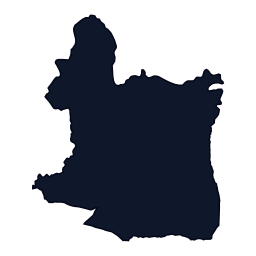 outline of Qiloane, Maseru, Lesotho
{"feature_id": "5366337B33510041242454", "entity_name": "Qiloane", "entity_type": "district", "adm_level": 2, "iso_a3": "LSO", "parent_name": "Lesotho", "parent_adm1": "Maseru", "projection": "albers", "projection_center": [27.645, -29.358], "detail": "fine", "context": "isolated", "style": "filled", "palette": "ink", "viewbox_px": 256, "rotation_deg": 0, "n_neighbors": 0, "source": "geoboundaries", "source_scale": "gbopen_adm2", "svg_char_len": 5364}
<svg xmlns="http://www.w3.org/2000/svg" viewBox="0 0 256 256"><path d="M211.5,238.4L211.9,234.9L214.4,231.2L215.4,229.5L216.4,227.8L218.7,225.3L219.3,208.8L219.3,205.7L219.3,203.2L219.6,200.5L219.1,197.0L218.6,194.3L217.8,191.5L217.4,189.7L217.2,187.7L216.6,185.9L216.4,184.0L214.7,182.4L213.8,179.6L212.9,177.6L212.6,175.7L212.7,173.4L213.1,171.7L212.6,170.1L211.9,168.2L211.6,166.8L210.4,165.1L210.4,162.6L209.6,159.9L209.9,157.0L209.9,155.3L209.9,153.8L209.6,152.2L209.9,149.9L209.6,148.4L209.6,145.8L209.6,143.8L210.1,142.2L209.4,140.0L209.4,138.8L209.9,137.2L209.8,135.7L209.6,134.4L210.6,134.0L210.7,132.1L211.4,130.9L210.9,129.4L211.3,128.2L210.2,126.5L214.2,122.9L214.3,121.5L214.5,119.2L216.6,116.9L218.4,114.3L218.7,112.7L219.0,111.5L219.2,109.5L217.8,108.1L216.4,107.0L216.1,105.8L216.7,104.5L218.0,104.4L219.2,104.4L220.2,104.2L221.2,103.8L221.0,102.2L219.7,100.4L219.9,98.3L221.0,95.8L221.5,94.5L222.2,92.9L222.6,91.2L221.6,89.3L220.1,89.3L219.1,89.3L217.6,89.4L216.1,90.3L213.6,90.0L211.7,90.7L210.0,90.9L208.9,91.2L207.7,89.6L208.1,87.4L209.2,86.0L211.2,84.4L212.7,83.4L215.4,82.9L217.5,82.8L218.6,82.8L220.4,83.3L222.1,83.8L223.3,83.1L222.8,81.7L221.5,80.6L220.8,79.8L220.4,78.5L220.3,76.8L220.3,74.9L218.5,74.1L217.1,74.7L216.0,75.0L213.9,75.5L212.4,75.2L211.2,74.4L210.2,73.6L209.5,72.5L208.7,71.3L207.9,70.5L206.5,69.5L205.0,70.3L204.1,71.6L203.2,74.9L202.6,76.4L201.0,77.7L198.0,77.3L196.6,77.5L195.6,78.6L194.8,79.8L193.7,80.7L192.7,81.0L190.5,81.0L189.2,81.0L187.8,81.0L185.6,82.2L182.6,85.3L181.1,85.3L179.1,85.3L176.5,84.8L174.6,84.4L170.1,82.7L166.7,81.1L162.3,78.8L158.9,76.9L156.7,76.2L154.0,76.1L152.1,76.9L149.9,77.8L148.0,77.8L146.8,76.8L145.0,75.2L145.0,72.3L144.4,71.2L143.4,70.0L142.0,69.9L141.7,72.1L141.7,73.9L141.0,75.5L140.4,76.4L139.0,77.1L136.8,76.2L135.5,75.9L134.3,75.9L132.4,76.2L131.0,76.7L130.0,77.9L129.1,79.4L127.0,80.1L126.0,81.1L125.6,82.8L124.3,84.4L121.5,84.7L120.5,84.8L118.8,85.7L117.5,85.5L115.9,85.1L114.4,83.1L113.4,80.7L112.7,75.9L112.4,70.3L112.1,65.4L114.6,61.0L114.9,57.3L113.9,54.0L113.9,51.7L115.0,49.5L116.1,47.9L116.2,46.7L116.0,45.2L115.1,42.6L114.5,40.5L113.2,37.6L111.4,34.0L110.6,32.7L109.1,31.0L107.5,29.3L105.2,28.0L104.0,24.5L102.4,23.2L100.7,21.8L99.2,19.2L97.3,19.0L96.5,18.6L95.8,17.8L94.7,15.9L92.1,15.4L90.4,15.4L88.8,17.9L85.9,17.7L83.2,19.0L80.7,20.7L78.6,22.5L77.0,23.8L75.1,25.3L74.0,27.7L73.7,29.4L73.9,31.1L74.7,34.8L75.2,36.6L75.8,39.4L75.9,41.7L75.2,44.6L74.0,46.3L72.7,48.4L71.3,49.6L71.2,52.5L71.1,53.8L70.7,55.5L69.9,57.6L68.9,60.1L66.0,59.8L62.0,59.6L59.4,59.6L57.4,59.8L56.1,60.5L55.4,62.7L56.9,65.2L57.6,66.5L59.6,70.3L60.6,73.4L60.5,75.9L58.6,77.3L56.3,77.3L54.8,78.9L54.1,79.8L51.7,83.4L50.7,84.8L49.6,86.1L48.2,88.0L49.4,90.5L49.4,92.3L48.2,93.4L46.7,94.2L45.2,96.8L49.9,102.4L53.7,108.0L55.3,108.7L58.4,108.3L61.3,110.3L62.5,109.4L68.5,107.8L70.1,110.5L70.1,113.5L70.6,116.8L70.4,120.5L71.9,123.7L71.8,123.8L71.6,123.8L71.4,124.1L71.1,124.7L70.8,125.3L70.9,126.3L70.8,127.1L70.8,127.5L71.0,129.1L71.5,130.5L72.7,132.4L72.2,132.9L71.8,133.5L71.2,134.2L71.5,135.0L71.4,135.7L71.3,136.5L71.0,137.7L70.8,139.4L70.9,140.5L71.2,141.2L72.4,142.0L73.9,142.7L74.5,143.2L75.7,144.8L76.0,145.3L75.9,146.0L75.6,146.8L74.7,148.4L73.9,149.2L73.3,150.4L73.1,150.9L73.0,151.1L73.0,151.9L73.2,153.1L73.4,154.2L73.5,155.2L73.4,155.7L72.4,156.0L70.7,156.3L70.0,158.0L69.3,158.9L68.6,158.7L67.8,158.4L67.2,158.3L66.6,158.7L65.8,159.9L64.3,161.8L64.2,162.3L64.3,162.8L65.0,163.6L65.6,164.6L65.3,165.4L65.0,166.1L64.3,167.0L63.7,167.5L63.1,167.9L62.8,169.8L63.0,171.0L63.0,172.0L62.6,172.4L60.8,173.3L60.1,173.6L59.7,173.7L58.8,173.9L58.0,173.9L57.2,173.5L56.5,173.5L55.4,173.9L53.5,174.9L52.9,175.1L51.8,175.0L51.2,175.3L50.5,176.3L50.0,176.7L49.5,176.8L48.9,176.4L48.4,176.0L47.5,175.2L47.2,174.9L46.8,174.5L46.5,174.6L46.3,174.9L44.6,176.5L43.3,177.3L42.7,177.3L42.0,176.9L40.1,174.6L39.7,174.3L39.2,174.5L38.7,175.2L38.1,176.0L38.0,176.6L38.0,177.2L38.1,178.9L38.2,179.5L37.8,179.8L36.9,180.3L35.9,180.9L35.6,181.0L35.2,181.4L35.2,181.9L35.3,182.9L35.2,183.6L35.3,184.2L35.5,184.9L35.4,185.5L35.2,185.7L34.7,185.8L33.9,185.7L33.6,185.5L33.3,185.4L33.0,185.5L32.8,185.7L32.9,186.1L32.7,187.5L32.8,188.7L35.8,188.0L37.2,187.4L38.7,188.6L40.4,189.7L41.9,190.1L42.9,192.6L43.4,193.8L44.2,195.6L44.3,197.2L44.8,198.9L46.1,198.9L49.1,202.4L51.6,202.4L53.3,202.4L54.8,201.6L56.0,202.0L58.2,202.0L59.5,202.0L61.3,202.0L64.4,202.5L66.7,203.8L69.7,205.1L73.9,206.2L79.1,206.8L86.1,208.5L90.0,209.7L91.3,209.7L93.0,209.1L95.5,207.8L97.2,208.0L95.3,210.7L93.3,215.3L90.0,218.3L85.3,222.4L84.1,223.9L92.0,225.8L95.5,227.2L102.4,228.9L106.1,230.3L112.1,231.8L114.3,233.3L117.9,235.6L123.0,240.4L126.1,240.4L128.5,240.6L129.0,239.3L130.0,238.3L130.4,238.1L131.8,237.4L132.2,235.8L135.2,235.8L137.0,236.2L138.7,237.2L140.2,236.2L142.2,237.1L143.7,237.4L144.6,236.6L147.2,236.6L149.1,237.2L151.0,236.8L152.8,236.6L154.2,236.2L155.7,236.5L157.8,237.0L158.6,236.2L160.3,237.0L162.1,236.9L163.5,236.4L164.5,236.4L165.6,235.6L166.7,234.9L167.8,234.9L169.4,234.6L170.5,234.4L172.4,234.1L175.2,235.1L177.0,234.9L178.9,234.7L180.2,234.5L182.2,235.7L184.6,236.2L185.2,236.4L187.6,237.2L189.8,238.5L190.9,239.7L192.9,239.5L194.5,239.9L196.3,238.9L197.0,238.8L198.1,238.5L199.5,238.5L202.0,238.9L203.5,239.7L205.2,239.1L207.3,239.1L210.4,239.1L211.5,238.4Z" fill="#0f172a" stroke="#020617" stroke-width="1.5"/></svg>